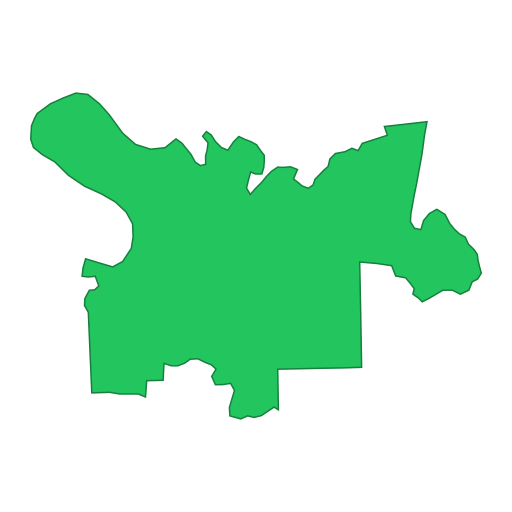 Porto Lucena, Rio Grande do Sul, Brazil (Mercator projection)
{"feature_id": "56859067B50046704042959", "entity_name": "Porto Lucena", "entity_type": "district", "adm_level": 2, "iso_a3": "BRA", "parent_name": "Brazil", "parent_adm1": "Rio Grande do Sul", "projection": "mercator", "projection_center": [-54.951, -27.852], "detail": "fine", "context": "isolated", "style": "filled", "palette": "green", "viewbox_px": 512, "rotation_deg": 0, "n_neighbors": 0, "source": "geoboundaries", "source_scale": "gbopen_adm2", "svg_char_len": 2225}
<svg xmlns="http://www.w3.org/2000/svg" viewBox="0 0 512 512"><path d="M468.9,290.2L472.2,281.8L477.7,279.0L481.3,273.2L479.6,266.9L478.0,260.2L477.3,254.4L474.1,249.7L468.4,244.1L465.2,237.1L459.3,233.8L454.2,229.0L449.8,223.6L445.1,214.5L436.8,209.3L429.4,213.5L423.6,220.5L420.9,229.6L414.5,228.3L410.4,221.7L410.9,213.5L412.1,207.1L414.0,196.3L416.4,184.7L422.0,154.1L424.6,134.6L427.0,121.7L384.4,126.5L387.3,135.3L362.2,143.4L358.2,150.6L351.8,148.3L345.0,151.7L335.4,153.5L329.9,158.9L328.1,166.5L323.6,170.4L319.0,175.2L315.0,179.2L313.1,184.9L308.2,188.3L302.1,185.9L297.5,182.0L293.5,179.0L297.5,169.5L290.5,166.8L282.8,167.4L277.7,167.1L271.5,171.3L266.7,176.2L261.8,182.2L255.7,188.3L250.3,194.4L246.5,188.1L248.2,181.1L250.6,172.0L255.4,174.0L261.8,174.0L263.8,167.4L264.3,160.8L264.2,155.2L260.9,151.0L256.5,144.7L250.6,141.5L245.2,139.5L238.8,136.5L233.5,141.9L227.8,150.2L221.4,147.5L215.4,141.5L211.2,134.9L206.4,131.6L202.6,136.2L208.0,142.8L207.1,150.2L205.6,155.8L205.6,164.3L200.5,165.6L195.3,162.2L190.8,154.1L185.7,147.9L182.0,143.2L176.0,138.9L165.0,147.7L150.6,149.2L135.5,144.4L122.7,133.2L109.2,114.7L99.4,103.7L87.8,94.4L75.8,93.1L63.1,98.0L55.3,101.6L50.5,103.7L37.3,113.4L34.7,118.0L31.5,125.8L30.7,139.2L33.5,147.5L42.4,154.7L54.8,161.9L68.4,175.3L84.5,186.2L101.8,194.1L115.2,201.9L126.1,212.0L132.6,223.8L133.1,236.8L131.3,248.4L122.6,261.5L112.7,266.9L99.1,262.9L85.6,258.8L83.0,268.1L82.1,276.3L88.3,277.0L95.3,276.3L98.8,286.0L94.5,289.9L89.4,290.2L84.9,298.5L84.5,305.5L88.3,312.3L91.8,392.9L109.5,392.3L119.8,394.0L138.3,394.0L145.5,397.0L146.7,380.7L163.1,380.3L164.0,363.4L171.2,365.8L177.9,365.8L184.7,363.1L190.2,359.2L197.7,358.8L206.1,362.8L211.4,364.8L216.0,369.1L211.7,376.4L215.4,384.7L222.5,384.6L230.6,383.4L234.5,390.4L232.0,398.7L229.4,407.4L229.9,415.9L240.7,418.9L247.6,415.9L254.1,417.4L261.4,415.6L269.1,410.4L274.1,407.1L278.4,409.8L277.7,369.2L310.1,368.5L319.0,368.3L343.7,367.9L361.6,367.3L361.4,354.3L360.8,319.4L359.7,262.0L377.0,263.5L391.7,265.7L395.7,276.0L405.6,277.8L409.9,282.9L414.2,288.7L412.9,294.2L418.6,298.1L422.2,301.8L429.0,298.4L436.2,294.1L442.9,290.2L452.3,290.2L460.4,294.2L468.9,290.2Z" fill="#22c55e" stroke="#15803d" stroke-width="1.5"/></svg>